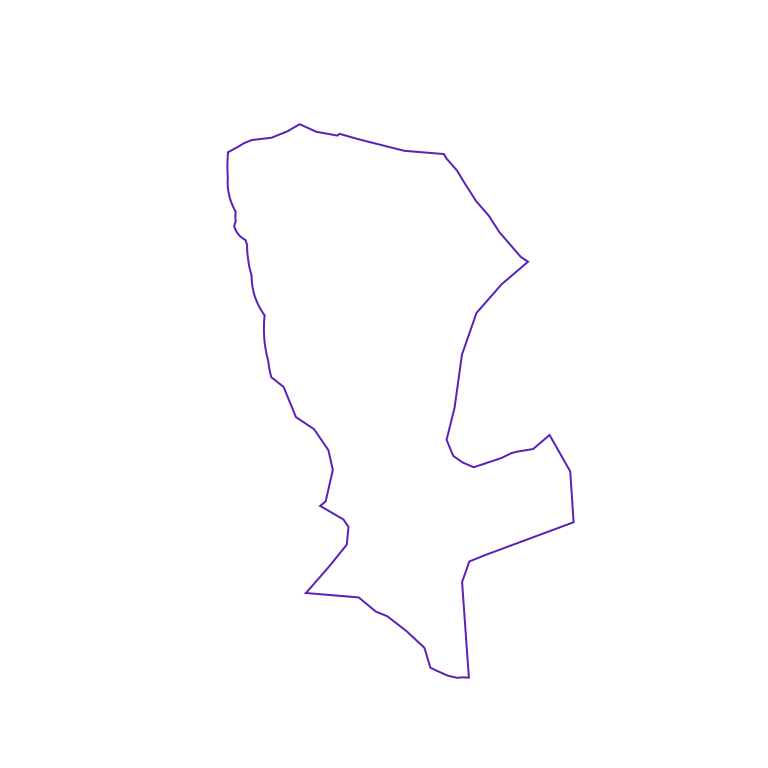 the district of E Mansora 2, Ad Daqahliyah, Egypt, rotated 319°
{"feature_id": "37247803B17472786437270", "entity_name": "E Mansora 2", "entity_type": "district", "adm_level": 2, "iso_a3": "EGY", "parent_name": "Egypt", "parent_adm1": "Ad Daqahliyah", "projection": "orthographic", "projection_center": [31.41, 31.047], "detail": "fine", "context": "isolated", "style": "outline", "palette": "violet", "viewbox_px": 768, "rotation_deg": 319, "n_neighbors": 0, "source": "geoboundaries", "source_scale": "gbopen_adm2", "svg_char_len": 2854}
<svg xmlns="http://www.w3.org/2000/svg" viewBox="0 0 768 768"><g transform="rotate(319 384 384)"><path d="M255.4,661.3L313.0,584.7L332.0,573.9L348.2,579.5L354.3,581.8L436.4,612.7L467.2,572.2L475.5,531.1L453.8,530.9L440.3,522.5L434.9,519.8L424.1,516.9L410.6,511.3L397.1,505.7L391.8,494.7L389.1,483.7L394.6,467.2L421.7,448.2L462.3,412.8L466.8,410.3L500.3,391.1L519.2,388.5L538.1,385.9L572.9,386.2L570.6,377.9L570.7,345.0L573.5,325.8L573.5,312.6L573.5,306.5L576.3,287.3L579.1,270.9L579.1,254.4L580.1,249.8L568.4,237.8L563.0,232.3L552.2,221.2L525.3,182.5L521.7,177.0L519.9,174.2L516.6,169.1L514.5,166.0L511.8,165.9L498.4,149.3L490.8,132.6L476.8,129.9L460.6,124.3L444.4,113.2L436.3,110.4L431.0,109.5L428.0,108.9L418.1,106.7L418.0,106.8L417.8,107.2L417.7,107.4L416.7,108.4L414.6,110.5L412.5,112.7L410.4,115.0L408.4,117.2L406.5,119.5L404.5,121.9L402.7,124.3L401.5,125.8L401.1,126.3L400.6,126.7L399.4,128.0L398.2,129.4L397.6,130.1L397.0,130.8L395.9,132.3L395.3,133.0L394.8,133.8L393.7,135.3L393.2,136.1L392.8,136.9L391.8,138.5L391.4,139.3L390.9,140.1L390.1,141.7L389.7,142.5L389.3,143.4L388.6,145.1L388.2,145.9L387.9,146.8L387.3,148.5L387.0,149.4L386.7,150.3L386.2,152.0L386.0,152.9L385.7,153.8L385.3,155.6L385.2,156.1L385.2,156.5L381.2,160.6L378.7,164.0L374.7,166.3L374.5,166.8L374.2,167.3L373.8,168.4L373.4,169.4L373.1,170.5L372.8,171.6L372.7,172.1L372.6,172.7L372.4,173.8L372.4,174.3L372.3,174.9L372.3,176.0L372.3,176.6L372.3,177.1L372.4,178.2L372.5,178.8L372.5,179.4L372.7,180.5L372.8,181.0L373.0,181.5L373.3,182.6L373.3,182.9L373.4,183.2L373.6,183.7L374.0,184.7L373.8,185.1L371.8,189.3L371.4,189.8L371.0,190.3L369.4,192.2L367.8,194.2L366.3,196.2L364.9,198.3L363.5,200.4L362.1,202.5L360.8,204.6L359.5,206.8L358.3,209.0L357.2,211.2L356.1,213.4L355.2,215.3L355.0,215.6L354.8,215.8L353.6,217.3L352.3,218.8L351.2,220.4L350.1,222.0L349.0,223.6L348.1,225.0L348.0,225.3L347.0,227.0L346.4,228.1L346.1,228.7L345.2,230.5L344.8,231.3L344.4,232.2L343.6,234.0L343.3,234.9L342.9,235.9L342.3,237.7L342.0,238.6L341.7,239.6L341.1,241.4L340.9,242.4L340.6,243.3L340.2,245.2L340.0,246.2L339.8,247.2L339.5,249.1L339.4,250.1L339.2,251.0L339.0,253.0L339.0,253.4L339.0,253.9L337.7,255.0L335.8,256.9L333.9,258.8L332.1,260.8L330.3,262.8L328.5,264.8L326.8,266.9L325.2,269.0L323.5,271.1L321.9,273.3L320.4,275.5L318.9,277.8L317.5,280.1L316.1,282.4L315.2,283.9L315.0,284.3L314.8,284.7L313.5,287.1L312.3,289.5L311.4,291.2L311.2,291.5L309.6,293.9L308.2,296.1L306.9,298.3L305.6,300.6L304.4,302.9L303.4,304.9L306.3,320.3L298.0,344.8L295.8,351.3L300.6,368.7L301.6,372.1L298.6,397.5L289.0,415.3L263.0,434.3L255.8,434.1L264.5,459.6L263.5,468.5L250.5,480.8L224.3,485.5L217.2,486.5L188.2,490.5L187.9,490.5L224.9,528.5L228.5,550.4L234.1,561.4L238.9,585.5L241.4,609.7L232.9,628.5L235.2,634.0L240.8,646.0L246.4,653.7L250.8,656.9L255.4,661.3Z" fill="none" stroke="#5b21b6" stroke-width="2"/></g></svg>